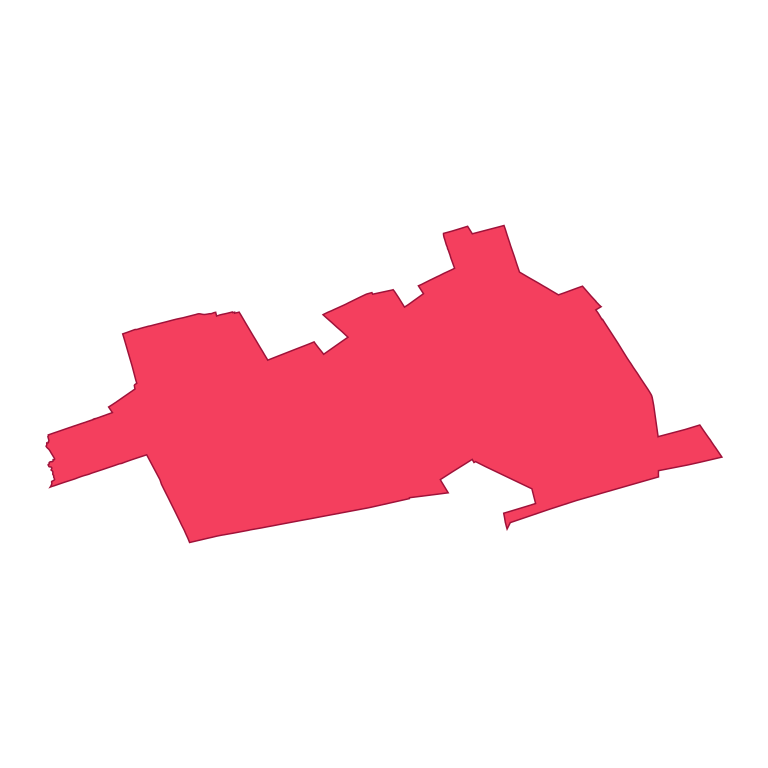 the district of Baba Ana, Prahova, Romania
{"feature_id": "2599482B26950775852697", "entity_name": "Baba Ana", "entity_type": "district", "adm_level": 2, "iso_a3": "ROU", "parent_name": "Romania", "parent_adm1": "Prahova", "projection": "natural_earth1", "projection_center": [26.48, 44.974], "detail": "fine", "context": "isolated", "style": "filled", "palette": "rose", "viewbox_px": 768, "rotation_deg": 0, "n_neighbors": 0, "source": "geoboundaries", "source_scale": "gbopen_adm2", "svg_char_len": 5915}
<svg xmlns="http://www.w3.org/2000/svg" viewBox="0 0 768 768"><path d="M507.1,529.0L510.3,522.6L549.3,509.3L555.5,507.3L571.5,502.1L576.8,500.4L598.7,494.1L601.3,493.3L658.5,476.9L658.4,473.6L658.5,470.6L658.8,470.6L688.1,464.9L700.6,462.1L721.9,457.1L721.1,455.9L716.6,449.3L715.2,447.2L714.4,446.2L713.2,444.4L712.1,442.8L711.5,441.9L710.2,439.8L709.4,438.8L707.8,436.6L703.6,430.6L699.8,425.0L685.1,429.5L658.3,436.6L658.1,436.7L653.7,405.4L652.8,400.6L652.2,397.4L651.6,395.5L651.1,394.5L649.5,391.8L647.8,389.1L640.7,378.5L637.1,372.9L636.1,371.5L633.3,367.4L630.5,363.0L629.9,362.2L627.3,358.3L622.2,350.1L619.5,345.7L619.4,345.6L618.6,344.2L604.9,323.1L602.5,319.3L602.0,319.5L601.9,319.3L598.2,313.2L595.8,309.9L601.1,306.7L600.7,306.4L600.1,305.8L599.0,304.8L598.1,303.8L596.7,302.4L595.9,301.6L596.0,301.4L591.0,296.0L582.5,286.2L578.2,287.7L574.9,288.9L573.8,289.3L564.1,292.9L561.2,293.9L558.4,294.9L558.0,294.6L550.5,290.2L547.4,288.3L543.0,285.8L538.5,283.1L536.2,281.8L529.0,277.7L519.5,272.1L516.5,263.3L515.1,258.9L514.5,257.0L512.0,249.8L510.5,245.5L509.8,243.2L507.1,235.0L505.3,229.2L504.0,225.5L498.8,226.9L472.3,233.8L467.6,226.3L460.2,228.6L452.0,231.1L447.6,232.3L443.5,233.4L443.5,234.0L443.5,234.7L444.0,237.3L444.9,240.0L446.3,244.8L447.3,247.2L447.6,248.8L448.2,249.9L449.1,252.5L449.9,254.7L450.6,257.1L451.0,258.4L452.8,263.3L453.5,265.3L454.4,267.7L454.6,268.3L451.6,269.8L443.8,273.4L439.3,275.7L437.3,276.6L432.8,278.8L431.4,279.5L430.1,280.1L426.1,282.1L421.4,284.5L418.4,285.8L421.2,290.2L423.5,293.7L413.2,301.1L409.9,303.5L407.9,304.9L404.5,307.1L403.8,306.0L402.1,303.3L398.7,297.8L395.8,293.4L394.8,291.9L394.4,291.3L393.1,289.7L392.7,289.9L372.7,294.2L371.9,292.6L366.8,294.0L365.8,294.4L365.6,294.5L359.3,297.5L353.6,300.3L351.2,301.5L349.3,302.4L348.7,302.7L345.8,304.2L343.0,305.5L333.7,309.7L331.6,310.7L328.0,312.2L323.3,314.5L323.0,314.7L326.4,317.8L332.2,322.9L336.9,327.2L342.0,331.6L345.7,335.1L348.0,337.2L342.5,341.0L323.6,354.3L323.1,353.5L321.1,351.0L318.5,347.8L315.2,343.5L314.1,341.9L310.2,343.5L306.7,344.9L296.1,349.0L286.4,352.8L279.5,355.5L268.1,360.0L267.7,360.2L267.1,359.0L264.9,355.4L262.5,351.3L260.1,347.4L257.5,343.0L255.6,339.8L253.1,335.7L248.6,328.1L245.4,322.7L241.2,315.5L239.1,312.1L238.2,312.4L234.9,313.1L234.6,313.2L234.6,312.2L232.5,312.6L232.3,312.0L227.6,313.2L223.6,314.1L223.3,314.1L219.6,315.0L218.6,315.4L216.8,315.9L216.6,316.0L215.8,312.9L215.7,312.3L214.1,312.6L212.3,313.3L211.1,313.7L209.8,313.7L208.0,314.0L206.9,314.2L205.5,314.4L204.4,314.5L202.9,314.4L200.3,313.9L199.8,313.8L199.3,313.8L198.7,313.8L198.3,313.8L197.1,314.1L195.5,314.6L193.4,315.1L191.5,315.6L185.6,317.1L182.9,317.8L180.9,318.2L179.9,318.4L178.5,318.7L176.6,319.1L173.0,320.0L169.6,320.9L166.6,321.7L153.6,325.0L152.9,325.2L151.0,325.7L150.2,325.9L149.6,326.0L148.9,326.1L147.7,326.4L145.2,327.1L144.3,327.3L141.5,328.1L139.6,328.6L138.5,329.0L137.4,329.3L136.5,329.5L135.0,329.5L126.8,332.5L122.7,333.9L124.0,338.2L126.1,345.4L128.3,353.0L132.2,366.3L135.8,380.1L136.8,383.3L136.7,383.4L136.1,383.7L135.9,383.9L135.6,384.1L134.8,384.6L134.3,385.4L134.4,385.9L134.7,387.8L135.0,389.0L127.1,394.5L125.5,395.6L115.4,402.6L112.4,404.6L108.6,407.0L112.4,412.6L112.1,412.7L95.1,418.8L95.0,418.6L93.5,419.1L93.6,419.4L82.5,423.2L82.1,423.3L75.7,425.5L74.7,425.8L73.2,426.3L71.0,427.1L69.7,427.5L56.7,432.0L53.7,433.0L48.3,434.9L48.5,435.6L47.9,436.4L48.0,437.1L48.7,439.7L48.9,440.5L48.8,440.9L48.7,441.3L48.4,441.5L48.4,441.9L48.5,442.4L48.3,442.7L48.0,442.9L47.3,442.9L47.0,442.9L46.8,442.9L46.8,443.1L46.7,443.3L46.8,443.6L46.8,444.1L46.8,444.5L46.7,444.9L46.7,445.2L46.4,445.7L46.2,445.9L46.1,446.2L46.1,446.4L46.4,446.8L47.1,447.7L47.7,448.3L48.3,448.8L48.7,449.2L49.2,449.8L49.7,450.5L50.6,452.0L50.8,452.4L51.4,453.4L52.4,455.0L53.5,456.8L54.0,457.6L54.5,458.6L54.6,458.8L54.6,459.2L54.5,459.5L54.2,459.7L53.8,459.7L53.6,459.6L53.4,459.6L53.1,459.6L53.0,460.0L53.1,460.5L53.0,461.1L52.8,461.4L52.5,461.5L52.0,461.7L51.7,461.7L51.4,461.6L51.0,461.7L50.4,461.8L49.9,462.0L49.5,462.2L49.4,462.4L49.2,462.6L49.1,462.8L49.2,463.1L49.2,463.3L49.3,463.6L49.3,463.8L49.1,464.0L48.8,464.2L48.4,464.4L48.2,464.5L48.1,464.8L48.1,465.0L48.4,465.4L48.6,465.8L48.8,466.3L48.9,466.5L49.1,466.7L49.3,466.8L50.0,466.9L50.4,466.9L50.8,466.9L51.1,467.1L51.5,467.4L51.7,467.6L51.8,468.0L51.8,468.5L51.7,468.8L51.4,469.2L51.2,469.5L51.1,469.8L51.1,470.0L51.3,470.3L51.7,470.6L52.1,470.7L52.6,471.2L52.8,471.8L52.9,472.3L52.8,472.8L52.8,473.4L52.8,474.0L52.8,474.4L53.0,474.7L53.2,475.0L53.6,475.4L53.7,476.1L53.7,476.6L53.7,477.1L53.8,477.4L54.0,477.8L54.3,478.5L54.5,479.0L54.6,479.3L54.5,479.6L54.2,480.0L53.7,480.3L52.8,480.9L52.0,481.2L51.8,481.5L51.6,481.7L51.6,481.9L51.6,482.2L51.7,482.5L51.8,483.0L51.8,483.6L51.6,484.3L51.3,485.1L50.9,486.0L50.2,487.1L52.0,486.4L54.7,485.6L59.0,484.1L64.0,482.4L67.7,481.2L70.8,480.2L74.8,478.9L75.6,478.6L78.7,477.4L82.1,476.2L84.7,475.4L86.2,475.0L89.0,474.2L91.5,473.2L102.7,469.5L107.7,467.8L114.3,465.6L117.4,464.5L119.1,463.9L121.7,463.4L125.3,462.0L129.8,460.4L132.1,459.6L136.9,458.0L146.7,454.8L159.9,479.6L160.7,481.9L161.4,484.1L163.6,488.6L166.1,493.6L168.5,498.3L170.4,502.2L172.2,505.8L174.3,510.0L179.9,521.4L181.2,524.2L184.2,530.1L185.8,533.8L187.9,538.3L189.6,542.5L204.1,539.1L209.2,537.9L212.4,537.2L216.5,536.2L222.0,535.1L224.5,534.7L227.2,534.2L230.1,533.7L232.5,533.3L244.7,531.0L248.4,530.3L250.5,529.8L261.5,527.9L267.7,526.7L272.7,525.8L278.9,524.6L298.0,521.0L306.1,519.5L311.7,518.5L312.7,518.3L322.1,516.5L367.9,507.9L371.7,507.1L409.4,498.6L409.4,497.7L424.0,495.9L436.6,494.3L448.2,492.8L441.4,481.6L440.3,479.6L452.9,471.5L465.4,463.7L472.2,459.4L474.0,462.5L475.6,461.6L485.3,466.5L531.9,488.8L532.4,490.8L535.6,503.5L526.7,506.3L508.2,511.9L503.7,513.2L504.5,517.4L504.7,518.6L505.2,521.6L505.3,522.3L505.7,523.7L506.2,525.8L507.1,529.0Z" fill="#f43f5e" stroke="#9f1239" stroke-width="1.5"/></svg>